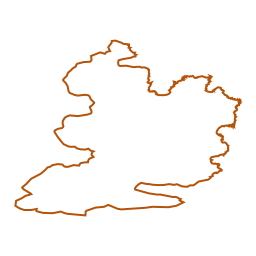 the district of Borgarfjarðarhreppur, Austurland, Iceland
{"feature_id": "244011B88653491645149", "entity_name": "Borgarfjarðarhreppur", "entity_type": "district", "adm_level": 2, "iso_a3": "ISL", "parent_name": "Iceland", "parent_adm1": "Austurland", "projection": "natural_earth1", "projection_center": [-13.775, 65.462], "detail": "fine", "context": "isolated", "style": "outline", "palette": "amber", "viewbox_px": 256, "rotation_deg": 0, "n_neighbors": 0, "source": "geoboundaries", "source_scale": "gbopen_adm2", "svg_char_len": 5770}
<svg xmlns="http://www.w3.org/2000/svg" viewBox="0 0 256 256"><path d="M180.7,199.0L178.8,198.5L177.8,197.6L175.6,196.9L172.9,197.0L160.1,194.5L157.3,194.6L148.6,193.3L135.3,189.6L134.9,188.7L136.0,186.7L138.5,184.4L141.1,182.8L147.2,184.1L147.9,183.9L153.3,184.8L159.0,185.1L163.7,185.0L169.2,184.1L174.2,184.9L176.7,184.2L182.2,186.4L187.2,186.8L190.3,185.3L192.6,185.4L194.1,185.0L198.7,181.5L208.3,179.6L210.6,177.8L211.0,177.1L210.5,176.8L212.8,176.0L212.5,174.5L214.3,173.0L215.8,172.6L216.3,172.6L216.4,173.1L217.7,172.8L219.5,170.9L221.6,170.6L221.7,170.1L220.9,170.0L220.7,169.0L218.3,167.9L217.6,167.0L217.9,166.0L219.0,165.7L219.4,164.8L219.1,164.2L218.1,163.8L216.5,164.2L215.3,163.5L214.0,163.8L212.1,163.4L210.9,161.9L210.9,161.2L212.1,160.1L210.7,159.7L210.4,159.0L211.1,157.6L211.8,157.1L216.8,156.1L218.2,156.3L219.4,155.2L221.5,154.6L222.7,154.6L223.3,155.1L223.3,154.4L224.6,154.3L224.6,153.7L225.8,153.0L225.6,152.3L226.2,152.2L227.1,151.1L227.9,150.8L227.8,150.5L228.3,149.8L227.9,148.9L228.3,147.8L227.9,146.7L228.4,145.7L227.4,145.2L227.2,144.6L225.7,142.8L224.6,142.4L222.6,142.6L221.7,141.7L221.4,139.8L223.8,139.5L222.2,139.3L222.4,137.6L223.0,137.1L222.9,136.4L222.2,135.9L221.3,136.2L220.6,135.9L221.1,135.6L220.9,134.7L219.2,134.9L219.5,134.4L218.1,134.3L216.8,133.5L216.6,132.4L217.0,130.8L218.8,128.2L221.9,126.1L223.2,126.0L224.0,126.4L224.9,125.7L226.5,125.6L228.9,126.3L228.5,125.3L229.8,125.0L230.4,125.1L230.7,125.7L231.2,125.4L231.5,126.0L231.8,125.3L232.5,125.4L232.9,126.4L233.0,125.8L233.9,126.5L233.7,125.7L234.4,126.4L233.8,125.0L234.4,124.7L234.4,124.4L233.4,124.0L234.1,123.7L234.9,123.9L234.6,123.7L234.7,122.9L235.3,123.2L234.4,121.9L235.5,120.4L234.8,120.2L234.8,119.1L235.2,117.2L236.0,116.8L235.1,116.2L234.9,115.5L235.4,114.9L234.7,114.4L234.4,113.6L234.6,112.9L234.0,112.3L235.0,111.1L236.6,110.5L237.0,109.1L235.9,108.0L235.6,107.1L235.9,106.7L236.9,106.5L236.7,105.8L237.5,105.2L239.0,105.2L239.1,104.5L238.8,103.0L239.5,103.8L240.5,102.9L239.6,101.8L239.9,101.3L240.6,101.4L240.4,100.0L239.6,99.4L239.3,99.8L239.5,100.4L238.9,100.5L237.7,99.4L237.4,99.9L234.5,99.6L234.5,99.0L233.1,99.3L232.6,98.7L232.0,98.7L232.0,98.2L231.0,98.7L230.8,98.1L230.0,98.3L228.3,97.9L228.3,97.0L227.3,96.7L227.5,96.4L227.2,95.7L224.5,94.7L223.9,93.6L222.7,92.7L223.8,91.0L222.8,90.1L221.6,90.0L220.9,88.9L221.0,88.0L220.7,87.8L218.3,87.3L217.4,87.6L215.3,89.0L215.1,89.6L214.3,89.5L213.4,90.7L213.6,91.1L213.0,90.9L213.1,91.3L212.8,91.6L211.8,92.1L208.2,91.7L206.2,90.8L206.3,90.4L205.9,90.3L206.4,89.8L205.8,88.9L206.3,88.5L206.0,88.1L206.3,87.3L206.1,86.9L206.2,86.3L206.8,86.1L206.5,84.8L208.7,84.2L208.5,82.8L209.2,82.4L208.9,82.2L209.4,81.7L209.3,81.2L210.2,81.1L209.6,80.3L208.4,79.8L208.8,79.3L208.6,78.7L209.9,78.6L209.8,78.3L210.8,77.5L209.9,76.9L208.4,77.5L205.8,77.5L202.1,76.2L196.9,77.3L197.0,77.7L195.4,78.0L194.6,77.8L192.8,75.9L191.0,76.5L190.2,76.2L189.4,76.6L186.4,76.0L186.3,77.3L184.3,76.3L184.1,76.5L184.7,77.3L184.5,77.5L183.4,77.6L183.2,78.2L183.0,77.4L182.6,77.4L182.6,78.0L183.7,78.8L182.5,78.9L183.1,79.8L181.9,79.6L180.9,80.9L180.0,80.7L178.0,81.5L177.4,83.0L176.4,83.1L175.0,82.4L175.2,81.9L173.8,81.6L174.1,82.5L175.4,82.8L175.1,83.1L175.8,82.8L176.2,83.1L175.5,83.0L175.4,83.5L174.6,83.2L175.3,83.6L175.3,84.1L173.8,84.4L173.5,85.4L174.1,85.6L174.3,86.1L173.4,86.7L171.7,87.0L171.6,87.5L171.1,87.5L171.3,88.4L169.0,90.4L170.3,91.7L170.3,92.4L168.7,94.0L166.9,94.7L163.7,95.2L158.5,95.1L156.1,94.2L156.7,93.3L155.2,92.2L155.4,91.6L154.5,91.1L153.2,91.1L152.8,91.5L152.5,91.2L150.5,91.7L149.5,91.5L148.8,90.4L150.3,90.3L148.7,90.3L149.0,88.9L148.8,87.8L150.6,85.2L150.5,84.4L150.9,84.1L150.7,83.9L151.5,82.5L149.6,83.3L148.0,82.8L147.6,82.3L149.1,80.2L148.9,79.6L148.3,79.2L148.2,78.3L148.6,76.7L149.3,76.2L148.7,75.7L148.6,75.0L149.4,73.7L149.0,73.0L148.8,71.6L149.1,70.0L148.3,69.6L148.5,69.3L147.8,68.6L144.2,67.3L141.5,67.6L140.3,66.9L137.0,66.8L133.8,67.2L126.3,65.7L120.1,66.0L119.0,65.5L118.4,64.7L118.1,62.7L118.5,60.4L122.5,59.2L131.1,57.7L133.5,56.5L135.5,56.5L135.7,55.6L135.4,55.1L136.1,54.7L134.6,54.1L134.4,53.5L134.9,52.7L133.1,52.7L129.8,49.7L130.0,48.4L129.0,47.9L129.6,47.6L129.0,47.5L129.0,45.8L128.0,45.1L129.6,45.1L128.8,44.7L129.9,44.5L123.3,43.8L121.6,42.8L115.5,40.6L111.8,41.0L111.5,43.0L108.6,46.6L108.3,47.4L110.0,51.1L107.0,51.8L105.9,52.5L105.1,53.8L100.2,52.4L91.0,56.0L91.6,60.0L90.2,61.7L83.6,62.1L77.3,63.7L76.4,64.6L75.8,66.5L72.5,68.5L71.6,69.7L68.1,72.6L66.6,76.2L64.3,78.2L63.1,79.8L63.2,80.5L65.8,83.1L67.6,86.2L68.5,90.9L69.6,92.9L74.8,95.0L77.7,95.6L85.1,94.8L88.3,95.3L89.5,96.3L90.4,98.6L91.6,100.1L94.1,102.5L94.1,103.1L92.0,105.4L89.9,106.8L90.0,107.6L91.5,111.1L91.5,112.3L91.1,113.3L87.7,114.5L78.0,116.1L69.7,115.4L67.2,116.3L64.8,117.7L62.8,121.0L62.6,123.4L63.4,126.3L63.0,127.2L61.9,128.1L58.4,128.7L56.4,129.6L54.7,130.6L54.4,131.8L57.7,136.9L62.0,142.4L63.8,144.3L68.4,146.4L70.5,146.8L75.0,146.7L76.9,148.4L80.5,149.3L85.0,149.6L88.4,148.7L90.5,150.5L93.4,151.4L92.4,152.0L91.5,154.2L91.7,155.0L93.5,157.0L90.1,158.4L88.9,159.3L88.2,160.6L88.0,162.3L84.9,162.3L80.9,163.1L79.9,163.9L79.1,165.6L73.6,165.1L68.2,166.8L65.4,166.8L64.2,166.4L62.8,164.9L62.0,164.5L57.7,164.1L52.3,165.2L50.3,166.7L47.6,167.4L45.6,169.6L40.8,173.7L31.1,178.8L26.2,184.1L22.3,187.2L22.2,187.8L24.0,189.6L30.7,193.5L31.3,194.2L25.6,195.8L21.5,198.4L16.1,200.8L15.4,205.8L19.6,208.4L24.2,210.0L31.0,210.0L36.7,209.0L36.3,210.5L36.5,211.2L43.1,212.9L52.6,213.2L60.9,211.6L63.9,212.9L67.3,213.8L85.4,215.4L85.7,211.5L86.3,210.8L95.5,207.6L104.1,206.8L108.2,204.9L117.7,208.8L121.3,209.4L145.1,207.8L152.6,206.8L168.4,207.2L176.4,205.8L183.5,202.3L179.7,200.5L180.7,199.0ZM211.3,77.3L211.6,76.6L210.1,76.0L210.7,76.9L211.3,77.3Z" fill="none" stroke="#b45309" stroke-width="2"/></svg>